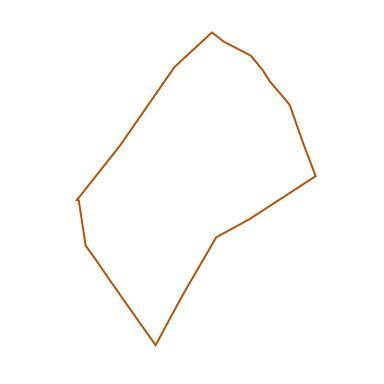 San Pedro Yucunama, Oaxaca, Mexico, rotated 217°
{"feature_id": "50627088B3307078777507", "entity_name": "San Pedro Yucunama", "entity_type": "district", "adm_level": 2, "iso_a3": "MEX", "parent_name": "Mexico", "parent_adm1": "Oaxaca", "projection": "natural_earth1", "projection_center": [-97.48, 17.58], "detail": "fine", "context": "isolated", "style": "outline", "palette": "amber", "viewbox_px": 384, "rotation_deg": 217, "n_neighbors": 0, "source": "geoboundaries", "source_scale": "gbopen_adm2", "svg_char_len": 449}
<svg xmlns="http://www.w3.org/2000/svg" viewBox="0 0 384 384"><g transform="rotate(217 192 192)"><path d="M279.1,116.3L277.4,117.2L244.6,85.1L230.4,80.8L202.7,71.5L128.8,47.7L133.8,79.8L137.8,107.2L145.4,170.5L129.8,204.8L102.8,279.1L133.1,298.2L166.4,320.4L184.3,324.5L193.1,326.4L196.5,327.2L209.4,332.0L227.2,336.3L233.2,335.3L256.9,331.2L272.1,331.4L281.2,281.4L277.4,185.3L279.1,116.3Z" fill="none" stroke="#b45309" stroke-width="2"/></g></svg>